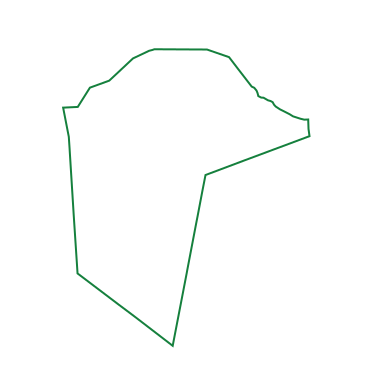 Pajeú do Piauí, Piauí, Brazil, rotated 169°
{"feature_id": "56859067B79713407266693", "entity_name": "Pajeú do Piauí", "entity_type": "district", "adm_level": 2, "iso_a3": "BRA", "parent_name": "Brazil", "parent_adm1": "Piauí", "projection": "orthographic", "projection_center": [-42.901, -7.864], "detail": "fine", "context": "isolated", "style": "outline", "palette": "green", "viewbox_px": 384, "rotation_deg": 169, "n_neighbors": 0, "source": "geoboundaries", "source_scale": "gbopen_adm2", "svg_char_len": 737}
<svg xmlns="http://www.w3.org/2000/svg" viewBox="0 0 384 384"><g transform="rotate(169 192 192)"><path d="M302.4,299.4L302.4,269.7L303.9,257.8L304.2,255.6L312.6,191.3L319.2,139.3L319.9,133.9L285.6,95.6L272.3,80.9L240.3,44.7L212.7,113.3L211.5,116.4L193.4,161.6L191.2,167.0L181.7,190.8L175.5,206.1L134.0,213.1L66.0,224.4L65.6,231.6L64.1,241.0L68.0,241.6L71.5,243.2L78.4,247.0L81.3,249.7L86.4,253.7L89.8,256.3L93.5,259.9L94.8,262.0L95.7,264.8L97.5,266.3L99.9,267.5L103.8,270.9L106.1,271.5L108.6,273.5L108.8,276.7L109.3,279.2L111.0,282.4L113.3,284.1L123.1,303.6L129.9,317.3L150.1,329.0L201.7,339.3L203.7,339.0L207.2,338.8L224.4,334.4L252.0,317.1L272.3,313.9L287.9,297.3L302.4,299.4Z" fill="none" stroke="#15803d" stroke-width="2"/></g></svg>